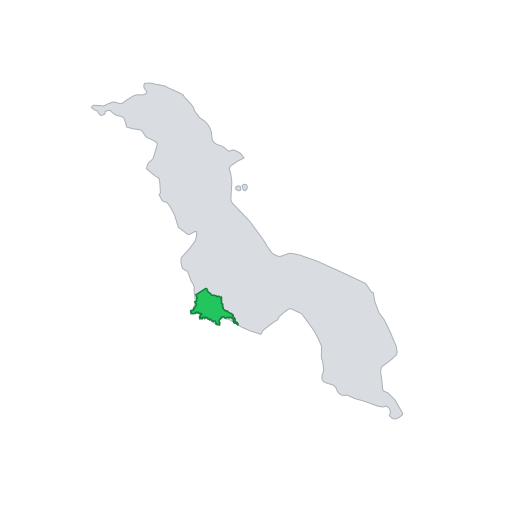 Mchinji, Mchinji, Malawi (highlighted), rotated 331°
{"feature_id": "42251766B46471952803478", "entity_name": "Mchinji", "entity_type": "district", "adm_level": 2, "iso_a3": "MWI", "parent_name": "Malawi", "parent_adm1": "Mchinji", "projection": "albers", "projection_center": [33.098, -13.779], "detail": "fine", "context": "in_parent", "style": "filled", "palette": "green", "viewbox_px": 512, "rotation_deg": 331, "n_neighbors": 0, "source": "geoboundaries", "source_scale": "gbopen_adm2", "svg_char_len": 8346}
<svg xmlns="http://www.w3.org/2000/svg" viewBox="0 0 512 512"><g transform="rotate(331 256 256)"><path d="M199.3,296.5L196.5,292.6L194.1,293.6L190.9,296.3L189.1,297.1L188.2,297.0L187.6,296.3L186.9,294.5L184.4,289.5L181.6,285.9L178.6,284.5L176.2,282.8L177.3,281.2L178.4,280.0L177.9,278.9L176.6,277.1L171.3,274.6L171.2,273.5L175.8,271.3L178.8,268.8L180.8,266.3L183.3,260.8L185.4,255.4L186.9,253.6L187.4,250.0L187.1,246.0L188.1,240.8L188.6,235.9L187.0,234.0L185.7,230.7L187.3,225.1L189.7,221.3L201.5,217.3L209.7,213.6L211.5,212.0L214.3,208.9L215.8,205.9L214.7,205.0L208.3,204.9L206.7,203.8L202.0,193.1L204.6,180.9L204.8,176.1L204.8,170.2L204.0,165.8L201.9,164.0L200.7,161.7L201.0,155.3L202.9,154.6L207.0,146.2L208.9,141.2L206.7,137.2L204.3,131.6L203.2,128.0L202.5,126.8L204.2,124.6L207.0,122.4L210.1,121.8L213.4,120.8L223.9,110.4L224.0,108.4L222.1,104.8L218.2,99.6L217.4,97.4L216.9,91.0L215.4,89.1L209.7,84.8L205.3,80.3L206.7,75.8L207.4,70.8L205.2,68.1L202.0,65.2L200.0,61.1L199.1,58.0L196.5,56.7L194.2,56.7L192.4,58.6L190.6,58.5L188.3,57.8L187.6,55.1L187.5,52.2L185.9,50.3L184.4,47.6L184.2,46.1L185.2,45.7L187.1,45.4L195.6,50.9L200.7,51.2L206.3,52.2L211.2,57.0L213.7,57.6L216.9,57.0L226.1,56.5L229.8,57.2L234.5,60.0L236.3,60.4L239.3,60.6L239.8,59.8L240.1,58.1L239.6,54.8L240.3,52.9L242.1,51.0L247.1,53.3L259.6,63.9L259.9,65.2L267.8,75.7L270.4,80.1L270.4,82.5L272.8,91.6L273.3,95.9L272.7,99.1L272.8,101.7L273.7,105.5L273.4,107.0L276.2,112.5L277.5,117.1L277.8,121.6L277.0,126.0L274.4,132.3L274.0,134.9L274.5,137.2L276.1,139.8L278.8,142.5L280.8,145.8L282.2,149.7L283.3,151.5L284.7,151.5L287.4,152.1L289.5,154.4L292.0,158.2L292.8,162.5L293.1,164.4L286.0,164.2L277.1,164.9L274.9,166.6L274.2,170.4L271.4,178.2L269.8,181.1L266.5,186.3L261.8,193.7L260.9,196.1L261.0,198.6L263.7,208.7L266.5,219.3L267.4,223.5L269.3,237.6L270.4,247.5L270.5,253.4L271.4,261.2L273.9,265.5L276.6,268.1L286.5,269.8L289.5,271.8L295.1,276.8L307.4,290.7L314.0,299.6L319.9,307.4L330.4,321.9L338.5,333.1L339.5,343.6L340.8,345.2L337.9,352.9L336.0,365.5L337.2,373.8L336.5,388.0L334.8,403.2L332.9,408.5L330.4,410.6L324.7,412.1L312.1,413.9L310.2,415.7L308.5,418.6L305.9,425.5L302.8,432.5L301.9,435.5L302.4,436.2L305.1,439.9L307.7,449.0L308.0,464.8L307.1,465.9L303.4,466.6L299.4,466.3L297.7,465.4L296.3,463.7L295.2,460.3L297.9,458.0L298.8,453.9L297.2,450.4L293.8,449.6L289.6,446.3L280.5,435.7L273.0,428.3L268.6,422.2L264.0,419.7L262.8,418.2L261.7,415.6L261.7,411.9L262.1,409.2L260.7,406.1L256.1,401.3L254.1,398.6L254.0,395.5L255.9,392.4L259.9,388.8L262.9,381.2L264.0,376.4L269.6,366.6L270.4,358.1L270.5,351.3L270.2,346.2L268.9,335.8L267.9,328.6L261.1,319.1L258.9,318.2L252.4,319.0L246.7,320.4L243.9,322.3L239.7,322.4L228.8,324.0L225.3,324.7L223.3,326.4L222.2,326.8L215.3,319.4L209.2,311.6L201.5,298.1L199.3,296.5ZM280.1,193.3L278.2,193.7L277.1,192.7L277.4,189.8L278.0,187.7L279.9,187.4L281.2,188.0L282.1,189.0L282.1,190.5L281.5,192.1L280.1,193.3ZM276.0,188.0L274.9,190.9L272.7,190.8L270.7,188.2L271.4,186.2L273.3,185.7L275.1,186.4L276.0,188.0Z" fill="#d9dde1" stroke="#a8b0b8" stroke-width="1"/><path d="M184.6,260.8L184.7,261.1L184.6,261.3L184.5,262.0L184.4,262.2L184.6,262.4L184.6,262.6L184.6,262.8L184.3,263.2L184.3,263.8L184.2,264.0L183.7,264.2L183.5,264.3L183.5,264.5L183.4,265.1L183.4,265.3L182.6,266.0L182.2,266.4L181.7,266.7L180.9,266.3L180.5,266.3L180.4,266.3L180.4,266.7L180.2,266.8L180.2,267.0L180.5,267.7L180.4,268.2L180.2,268.4L180.4,268.7L180.5,268.9L180.6,269.2L180.6,269.3L180.4,269.3L179.8,270.0L179.4,270.2L179.1,270.6L178.8,270.6L178.6,270.6L178.4,270.7L177.8,271.2L177.2,271.3L177.1,271.6L176.8,271.6L176.3,271.5L176.2,271.6L176.0,271.8L176.1,272.1L176.0,272.3L175.9,272.4L175.7,272.5L175.5,272.8L175.1,273.0L174.3,272.8L174.0,272.8L173.4,272.4L172.8,272.2L172.5,272.2L172.3,272.3L172.1,272.4L172.1,272.5L172.4,272.6L172.2,272.9L171.9,272.9L171.8,273.1L172.1,273.6L172.1,273.8L172.0,274.0L171.8,274.2L171.7,274.5L171.4,274.7L171.4,274.8L171.3,275.0L171.6,275.1L171.9,275.1L172.1,275.2L172.3,275.4L172.7,275.9L173.4,276.0L173.5,276.2L173.7,276.3L174.0,276.4L174.5,276.4L174.7,276.5L174.8,276.7L175.2,276.5L175.3,276.5L175.5,276.7L175.7,276.3L175.9,276.1L176.0,276.1L177.1,276.5L177.7,276.8L177.9,277.0L178.1,277.2L178.1,277.3L177.8,277.7L177.8,278.0L178.4,278.4L178.8,278.5L179.3,279.1L179.6,279.2L179.7,279.5L180.0,279.6L180.1,280.0L180.5,280.5L180.3,280.7L180.2,280.9L180.1,281.0L179.7,280.8L179.3,280.7L179.0,280.7L178.8,280.8L178.2,281.3L178.0,281.7L177.8,282.1L177.7,282.2L177.3,282.1L177.2,281.9L177.0,282.0L177.0,282.4L177.1,282.6L177.0,282.8L176.9,282.9L176.9,283.2L176.7,283.3L176.5,283.6L176.5,283.8L176.8,283.7L177.2,283.8L177.6,283.8L177.8,284.0L177.8,284.3L178.1,284.4L178.1,284.7L178.2,284.8L178.4,284.9L178.5,284.9L178.7,284.5L178.7,284.0L178.8,283.9L179.0,284.2L179.5,283.9L180.4,284.3L180.5,284.4L180.6,284.6L180.7,284.8L180.8,284.8L181.1,284.6L181.3,284.6L181.4,284.8L181.4,285.0L181.3,285.3L181.6,285.1L181.9,285.1L182.1,285.2L182.2,285.6L182.3,285.6L182.5,285.5L182.8,285.6L183.0,285.9L183.3,286.1L183.4,286.6L183.4,286.8L183.3,287.0L183.4,287.5L183.7,287.8L183.8,287.9L183.9,288.3L184.1,288.3L184.2,288.5L184.5,288.6L184.6,288.8L184.6,289.0L185.0,288.7L185.1,288.8L185.0,289.0L185.5,289.2L185.6,289.3L185.7,289.9L186.7,292.4L186.8,292.5L187.4,292.4L187.5,292.4L187.8,292.6L188.2,292.7L188.4,292.9L188.7,293.2L188.8,293.5L188.7,293.9L188.7,294.3L188.4,294.8L188.5,295.4L188.4,295.7L188.2,295.9L188.3,296.2L188.4,296.4L188.6,296.8L188.7,297.2L189.0,297.1L189.4,297.2L189.8,297.6L189.9,297.9L190.2,298.1L190.3,298.2L190.3,298.4L190.3,298.6L190.6,298.7L190.9,298.3L191.0,298.1L191.2,297.9L192.1,296.9L191.9,296.0L191.9,295.6L192.3,295.1L192.7,294.6L193.0,294.3L193.3,294.1L193.9,293.9L194.1,293.6L194.3,293.5L195.3,293.8L195.7,293.7L195.8,293.6L195.9,293.3L196.1,292.9L196.3,292.6L196.7,292.7L197.1,293.1L197.4,293.2L197.6,293.3L198.0,293.3L198.5,293.7L198.7,294.0L198.7,294.7L199.2,295.6L199.4,295.9L199.6,295.9L200.2,295.8L200.5,295.8L201.3,295.7L201.7,296.1L202.0,296.1L202.2,296.9L202.4,297.1L202.8,297.2L203.1,297.1L203.5,297.0L203.9,297.5L204.1,297.5L204.3,297.6L204.5,298.1L204.7,298.4L204.7,298.8L204.8,299.2L205.4,300.0L205.5,300.4L205.4,300.7L204.8,301.3L204.8,301.5L204.7,301.7L205.0,302.2L205.0,302.4L205.0,302.5L204.5,302.7L204.6,303.0L204.4,303.2L204.3,303.4L204.3,303.7L204.4,303.8L204.9,304.1L205.0,304.2L204.9,304.5L205.0,304.6L205.3,304.6L206.0,305.5L206.2,305.8L206.3,305.9L206.3,306.4L206.4,306.7L206.5,307.0L206.7,307.5L206.8,307.5L207.0,307.4L206.9,307.1L207.0,306.8L207.2,306.6L207.4,306.5L207.3,306.0L207.4,305.5L207.3,305.1L207.1,304.8L206.6,303.9L206.3,303.7L206.2,303.1L206.2,302.8L206.5,302.2L206.8,301.5L207.1,301.2L207.1,300.9L206.9,300.9L207.0,300.7L207.2,300.4L207.1,299.9L207.2,299.6L206.9,299.2L206.5,298.4L206.2,297.9L206.1,297.7L206.2,297.3L206.3,297.2L207.1,297.1L207.3,297.0L207.4,296.8L207.4,296.7L207.2,296.7L207.3,296.2L207.3,295.9L207.0,295.5L206.8,295.2L206.5,294.3L206.3,294.2L205.5,293.1L205.2,292.8L205.2,292.7L204.9,292.2L204.7,291.8L204.6,291.5L204.6,291.3L204.6,290.8L204.4,290.7L204.2,290.0L204.1,289.9L203.7,290.0L203.6,289.9L203.3,289.7L203.1,289.6L202.9,289.2L202.6,289.1L202.5,288.7L202.5,288.4L202.5,288.2L202.5,287.8L202.1,287.4L201.8,287.1L201.7,286.8L201.6,286.3L201.6,286.1L202.2,285.5L202.5,285.1L202.5,284.8L202.5,284.5L202.3,284.4L202.2,284.3L202.3,283.3L202.6,283.0L203.0,282.9L203.3,282.7L203.4,282.4L203.5,282.2L203.6,281.9L203.4,281.5L203.2,281.1L202.7,280.6L202.8,280.2L203.5,279.6L203.5,279.2L203.8,279.1L203.9,278.8L204.1,278.6L204.2,278.2L204.4,278.0L204.5,277.8L204.5,277.0L204.9,276.8L205.1,276.8L205.2,276.7L205.3,276.4L205.2,276.1L205.5,276.0L205.5,275.9L205.4,275.6L205.5,275.5L205.7,275.4L205.8,275.1L205.7,274.9L205.3,275.1L204.6,274.5L204.3,274.0L204.1,273.2L203.8,272.9L203.5,272.9L202.8,272.9L202.4,272.9L202.1,272.7L201.9,272.5L202.0,272.2L202.1,271.9L201.9,271.6L201.6,271.4L201.3,271.0L200.6,270.3L200.2,269.9L199.4,269.4L198.9,269.2L198.6,269.1L198.0,268.5L198.0,268.4L198.1,268.0L198.1,267.5L198.0,266.8L197.9,266.5L197.6,266.1L197.6,265.8L197.4,265.5L197.2,265.3L196.9,264.3L196.7,264.0L196.5,263.4L196.5,263.2L196.8,263.1L196.9,262.9L196.9,262.6L196.9,262.2L196.7,261.3L197.0,261.0L197.1,260.8L196.9,260.6L196.6,260.2L196.3,260.1L195.9,260.0L192.0,260.3L191.6,260.4L191.1,260.3L186.3,260.7L184.6,260.8Z" fill="#22c55e" stroke="#15803d" stroke-width="1.5"/></g></svg>